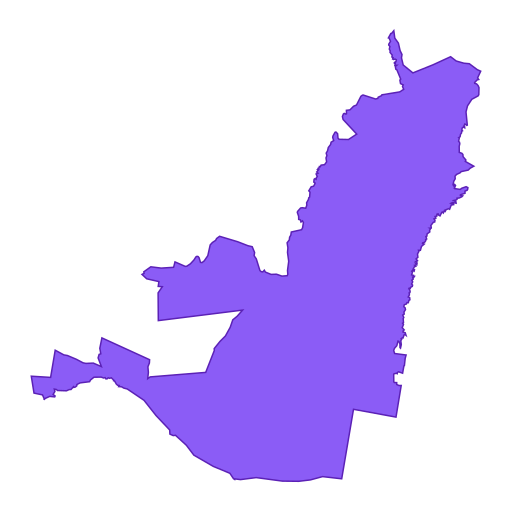 the district of Villa del Carbón, México, Mexico
{"feature_id": "50627088B23542749511930", "entity_name": "Villa del Carbón", "entity_type": "district", "adm_level": 2, "iso_a3": "MEX", "parent_name": "Mexico", "parent_adm1": "México", "projection": "albers", "projection_center": [-99.483, 19.744], "detail": "fine", "context": "isolated", "style": "filled", "palette": "violet", "viewbox_px": 512, "rotation_deg": 0, "n_neighbors": 0, "source": "geoboundaries", "source_scale": "gbopen_adm2", "svg_char_len": 6027}
<svg xmlns="http://www.w3.org/2000/svg" viewBox="0 0 512 512"><path d="M142.0,274.4L146.7,278.8L158.9,281.6L158.2,286.4L162.3,286.7L158.1,292.9L158.3,320.6L242.6,310.1L237.1,316.3L232.8,319.8L230.2,327.3L225.4,336.0L220.0,341.4L214.2,348.6L214.3,350.5L205.7,372.4L150.2,376.9L147.7,378.7L148.4,372.4L147.9,366.8L149.4,363.0L149.6,359.7L101.9,337.9L99.8,348.3L100.8,353.8L99.1,354.4L98.1,357.9L101.4,366.6L93.3,363.1L85.9,363.4L83.0,362.8L76.4,359.3L67.4,355.5L63.9,354.9L55.2,350.2L50.6,377.4L31.3,376.2L34.0,393.1L42.5,394.9L44.2,398.8L43.9,399.8L45.3,398.4L49.7,396.4L54.7,396.9L55.1,396.0L53.1,394.4L54.9,391.5L54.3,389.1L56.4,389.5L57.5,390.5L66.5,390.8L69.1,389.6L71.0,389.5L73.5,386.7L73.9,387.4L75.4,387.0L76.8,385.8L76.9,384.5L80.1,382.9L89.6,381.7L90.5,380.0L94.0,377.2L101.2,377.1L103.6,378.0L105.1,377.6L105.9,378.9L107.2,378.8L108.2,377.8L109.6,378.3L111.3,377.8L113.8,380.2L113.6,380.7L114.7,381.2L116.4,384.2L117.7,385.3L119.2,385.5L118.7,386.6L121.6,386.8L123.8,388.1L127.3,389.0L144.0,400.3L156.0,415.5L169.7,430.0L169.9,434.1L173.2,435.6L175.5,435.3L186.3,445.2L193.9,455.2L213.3,466.4L229.9,473.3L233.5,478.7L234.8,479.5L235.0,478.9L240.5,479.6L256.2,477.6L282.4,481.1L298.7,481.3L310.4,479.9L322.6,476.6L341.7,478.8L353.5,409.3L396.0,417.1L401.2,385.5L399.0,385.5L396.7,384.5L396.7,382.6L394.3,382.5L393.8,381.7L393.7,374.5L394.0,373.8L396.3,373.3L397.2,373.7L397.4,372.5L398.6,371.8L402.6,373.2L403.9,365.9L404.4,365.6L405.2,358.3L406.1,355.0L394.6,353.5L393.7,350.4L394.5,348.3L396.8,345.7L398.0,341.1L398.9,341.4L399.9,344.0L400.0,347.6L400.5,348.1L401.3,344.6L400.8,340.7L401.7,339.2L401.2,338.7L402.3,337.8L403.0,338.0L404.1,334.9L405.1,334.6L406.0,335.3L405.2,332.7L403.0,332.0L403.2,330.8L404.2,329.9L402.2,327.7L403.5,324.4L402.6,323.2L403.5,322.6L403.2,318.5L403.8,317.5L402.7,315.1L404.2,314.1L404.0,312.0L405.5,309.6L405.1,307.8L403.8,306.7L404.3,304.7L406.4,304.0L407.0,302.6L408.3,302.7L408.9,300.4L409.9,299.8L409.7,297.7L408.2,297.0L409.4,294.9L409.2,292.8L409.9,292.6L410.1,291.4L409.6,289.3L408.8,288.8L409.2,288.1L410.4,288.2L410.8,287.2L412.3,286.4L412.6,285.1L411.6,284.0L412.7,281.9L411.8,280.2L413.1,279.3L412.7,277.6L413.4,277.9L414.4,276.4L413.2,276.4L413.6,275.4L411.6,274.9L412.5,272.1L411.7,271.2L412.8,270.4L414.1,271.2L414.5,269.7L413.1,269.1L414.4,266.8L415.7,266.3L414.7,265.3L416.8,264.8L415.5,263.2L417.0,263.3L416.8,261.9L415.9,261.5L417.5,260.7L416.1,258.9L417.9,257.3L417.5,254.0L418.9,251.4L418.5,250.3L420.4,250.3L421.5,246.4L424.2,244.1L422.5,243.5L422.6,242.9L424.7,242.2L425.8,240.6L425.6,239.6L426.7,239.0L425.9,236.5L426.9,236.1L427.1,233.9L429.8,231.9L429.6,230.3L430.6,228.6L429.9,228.2L431.2,228.1L431.3,227.3L430.8,225.6L433.4,222.2L434.7,222.0L435.0,220.2L434.0,218.9L435.9,218.1L435.1,216.5L436.8,216.1L436.8,214.9L437.7,214.6L437.4,214.0L438.2,213.9L438.5,215.0L440.0,215.9L441.8,212.3L442.4,212.0L443.3,213.0L444.1,211.2L445.1,211.6L445.6,210.6L445.1,210.1L448.5,208.7L449.6,209.3L451.2,205.1L453.7,204.6L453.5,204.0L451.0,203.3L452.5,202.5L456.1,203.2L455.9,201.7L453.7,200.5L456.4,199.9L457.1,199.2L457.0,198.2L459.2,198.0L461.8,196.8L462.7,195.9L460.4,195.4L460.5,194.7L465.0,193.3L465.0,191.1L467.1,190.3L467.7,189.2L467.9,187.6L466.1,186.7L461.8,188.2L460.2,189.4L454.6,188.6L454.2,188.1L455.1,186.8L454.6,186.4L455.5,185.4L454.6,184.4L453.5,185.6L453.0,184.7L453.8,181.2L455.2,178.8L455.0,176.2L456.6,174.4L460.1,172.8L461.2,171.6L468.2,170.1L470.2,168.2L473.8,166.2L465.3,161.4L465.9,160.0L463.1,156.7L462.9,154.5L461.9,153.3L459.3,152.4L459.2,146.3L459.8,143.8L459.5,142.2L458.6,141.4L459.3,137.9L458.8,137.6L460.1,136.7L460.5,134.3L461.5,133.0L461.7,131.2L462.5,130.8L461.9,130.0L462.1,128.1L463.5,127.0L464.7,127.8L464.7,126.8L463.8,126.2L464.9,124.0L466.8,125.4L467.3,125.1L466.0,111.9L467.5,105.9L471.8,99.3L478.1,95.9L478.8,94.7L479.0,87.6L478.1,85.6L476.6,83.9L474.7,83.3L474.6,82.5L477.3,79.8L478.7,79.5L477.6,77.9L480.7,71.2L477.2,69.6L469.3,63.7L463.9,63.2L456.2,61.0L450.6,56.7L433.0,64.8L412.9,72.9L403.2,65.0L401.5,57.9L402.0,54.5L400.1,50.6L398.4,43.1L394.8,38.1L393.8,30.7L391.6,33.4L390.8,33.5L388.4,37.9L389.1,38.1L390.5,41.3L388.8,44.1L388.7,45.0L389.9,46.5L389.3,49.1L390.2,50.8L390.0,52.4L392.2,55.1L391.9,57.0L393.1,57.7L392.6,59.0L393.5,59.5L395.0,59.1L396.3,59.7L396.2,61.1L394.3,62.7L394.4,63.2L395.4,63.0L394.9,65.3L396.7,65.3L395.3,66.4L395.8,69.2L396.9,69.9L400.7,79.1L399.9,80.1L400.5,83.6L403.2,84.9L402.5,86.5L403.7,89.3L399.7,91.9L381.9,94.8L381.4,95.7L378.2,97.2L377.8,98.4L375.6,99.0L363.1,95.0L362.4,95.2L360.9,96.3L356.5,105.0L353.6,106.2L349.9,109.9L346.4,110.3L346.5,113.8L345.9,114.1L344.2,113.4L343.4,114.0L342.4,116.5L343.1,119.5L356.7,134.1L348.5,139.5L339.1,139.3L338.0,138.1L337.6,133.7L335.9,132.0L335.0,132.3L332.9,136.1L332.7,137.5L333.7,140.6L331.1,142.2L330.6,144.5L328.3,147.5L327.5,150.9L326.2,153.1L326.9,155.6L326.0,157.9L326.6,161.9L324.5,164.7L321.1,165.1L320.3,166.7L319.4,166.5L319.0,168.0L318.2,168.2L317.9,169.0L318.4,169.3L317.5,169.7L318.2,170.3L316.7,172.0L318.0,173.2L316.1,174.0L317.3,176.6L316.4,177.5L316.1,179.3L314.9,178.7L314.1,179.3L313.8,182.1L315.1,183.1L314.7,184.2L313.6,186.2L311.2,186.8L308.8,190.8L310.0,192.2L309.6,197.1L308.7,197.9L308.5,199.3L306.6,202.8L306.8,205.2L305.7,208.2L302.3,207.7L300.6,208.0L297.6,211.4L297.3,212.4L298.6,216.2L298.7,219.4L300.4,219.9L301.0,222.0L302.5,220.9L303.4,222.6L302.6,227.7L301.6,229.7L291.3,232.0L290.8,235.2L289.6,237.2L289.3,239.9L287.1,242.8L287.9,247.8L287.5,252.4L288.7,261.3L287.5,270.5L287.8,274.3L287.2,275.7L281.9,276.1L276.5,274.2L271.1,274.4L265.4,272.1L264.3,270.2L262.8,271.9L261.1,271.6L259.9,270.5L256.3,258.9L254.1,255.7L254.6,252.5L252.2,246.7L247.9,245.7L237.6,241.7L219.6,236.3L216.6,238.5L215.6,240.4L212.4,242.5L210.2,244.9L207.8,255.7L204.2,260.9L202.0,262.6L200.5,262.4L199.1,257.8L198.2,256.6L197.0,256.3L195.9,256.9L194.0,259.9L190.4,263.8L186.8,266.2L185.3,266.4L175.0,261.9L173.6,267.3L161.2,268.1L150.8,266.8L143.8,271.8L144.1,273.3L142.0,274.4Z" fill="#8b5cf6" stroke="#5b21b6" stroke-width="1.5"/></svg>